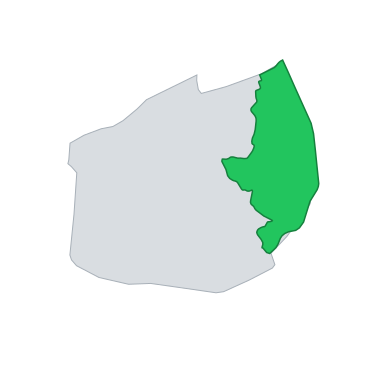 eSwatini, with Shiselweni highlighted, rotated 245°
{"feature_id": "SWZ-537", "entity_name": "Shiselweni", "entity_type": "District", "adm_level": 1, "iso_a3": "SWZ", "parent_name": "eSwatini", "parent_adm1": "", "projection": "mercator", "projection_center": [31.425, -27.036], "detail": "fine", "context": "in_parent", "style": "filled", "palette": "green", "viewbox_px": 384, "rotation_deg": 245, "n_neighbors": 0, "source": "natural_earth", "source_scale": "10m", "svg_char_len": 2473}
<svg xmlns="http://www.w3.org/2000/svg" viewBox="0 0 384 384"><g transform="rotate(245 192 192)"><path d="M270.1,91.5L273.3,94.0L287.8,102.1L289.1,118.1L287.7,136.4L284.8,148.0L285.8,159.6L290.5,177.5L294.9,189.8L296.0,245.9L291.1,243.4L282.1,241.0L277.4,242.1L273.1,267.3L269.8,304.8L271.7,328.1L237.9,328.8L195.0,326.3L164.4,316.2L131.3,294.0L111.7,259.4L103.1,237.7L91.1,236.4L89.1,232.7L88.0,206.3L88.3,178.5L90.5,171.2L112.8,137.1L126.6,115.9L135.2,95.5L153.9,71.5L174.0,56.2L181.4,54.1L186.5,54.7L221.8,75.7L258.1,95.7L266.0,93.4L270.1,91.5Z" fill="#d9dde1" stroke="#a8b0b8" stroke-width="1"/><path d="M159.8,315.2L146.0,310.4L143.6,308.8L141.2,306.4L133.7,295.0L117.6,280.4L114.1,274.2L113.4,269.8L115.1,262.9L115.2,258.6L114.3,255.1L112.7,252.5L108.2,247.7L106.1,244.5L103.4,236.5L105.6,234.1L110.9,232.7L111.5,232.4L111.7,232.0L112.1,232.0L112.8,232.5L114.5,234.0L116.3,234.8L119.9,234.6L125.4,233.4L126.8,233.4L128.2,233.7L129.6,235.1L130.1,236.0L130.4,236.9L130.6,239.5L130.5,241.0L130.3,242.2L130.0,243.0L130.1,243.7L130.6,244.5L132.7,247.4L132.9,248.1L132.7,248.7L132.1,250.4L131.9,251.4L131.9,252.2L132.1,252.7L132.8,252.5L139.8,247.0L148.2,242.5L150.3,241.9L152.0,241.9L153.4,241.6L154.8,240.9L156.3,240.4L158.1,240.7L159.7,241.7L166.9,247.0L167.9,247.3L168.4,247.1L168.6,244.7L168.7,244.0L169.1,243.2L169.6,242.4L171.1,241.3L171.7,240.5L172.0,239.7L172.2,239.0L172.7,238.5L173.8,238.1L181.1,237.3L182.6,236.8L183.9,235.5L184.8,234.4L185.9,233.5L188.4,231.9L191.7,231.2L198.0,232.3L207.0,232.0L208.1,232.6L209.0,233.4L208.5,234.5L207.2,236.9L207.0,238.2L206.9,239.5L207.3,241.6L206.9,243.0L206.2,244.3L203.3,247.8L202.3,250.1L200.3,253.3L199.8,254.5L199.3,256.0L199.7,257.2L203.0,263.2L203.8,264.4L205.9,266.7L207.0,267.6L207.9,268.0L208.8,267.8L209.7,267.2L210.5,266.9L211.6,267.3L212.6,267.6L213.8,268.4L215.4,269.6L218.1,272.7L221.9,275.7L229.0,280.0L230.4,280.7L231.9,281.2L233.4,281.3L234.9,281.2L239.5,280.0L240.8,279.9L242.3,280.5L243.2,281.6L246.1,288.5L247.0,289.3L248.2,289.6L249.6,289.7L251.2,290.1L256.1,292.1L256.7,292.6L256.9,293.1L256.7,296.2L256.8,297.0L257.2,297.9L258.2,298.3L259.5,298.5L262.3,298.7L263.5,298.9L263.9,299.3L264.0,300.1L263.8,301.0L263.7,302.0L264.2,302.4L264.9,302.5L269.5,302.8L269.6,306.1L270.0,319.2L270.9,321.8L271.9,323.7L272.7,325.6L273.2,327.6L273.3,329.9L259.2,329.8L244.1,329.5L221.3,329.2L204.0,329.0L193.5,326.8L177.3,321.3L165.3,317.1L159.8,315.2Z" fill="#22c55e" stroke="#15803d" stroke-width="1.5"/></g></svg>